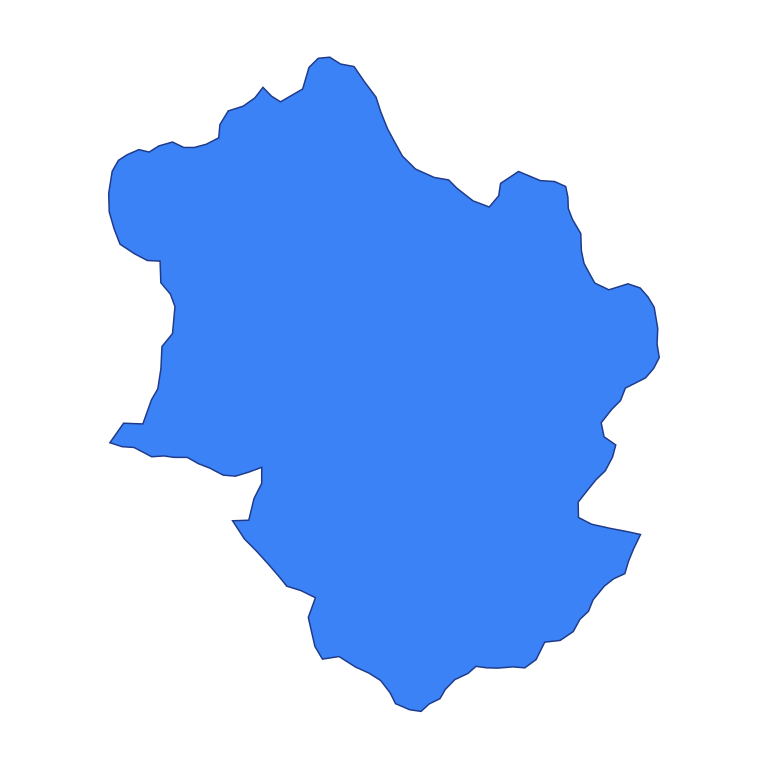 Mariápolis, São Paulo, Brazil (orthographic projection), rotated 178°
{"feature_id": "56859067B75086273353759", "entity_name": "Mariápolis", "entity_type": "district", "adm_level": 2, "iso_a3": "BRA", "parent_name": "Brazil", "parent_adm1": "São Paulo", "projection": "orthographic", "projection_center": [-51.172, -21.778], "detail": "fine", "context": "isolated", "style": "filled", "palette": "blue", "viewbox_px": 768, "rotation_deg": 178, "n_neighbors": 0, "source": "geoboundaries", "source_scale": "gbopen_adm2", "svg_char_len": 1966}
<svg xmlns="http://www.w3.org/2000/svg" viewBox="0 0 768 768"><g transform="rotate(178 384 384)"><path d="M358.4,55.5L350.0,62.7L339.0,67.6L333.4,76.6L323.5,86.1L310.1,91.9L301.9,98.6L291.4,96.8L280.4,96.1L264.9,96.8L253.2,95.4L241.6,103.3L232.4,120.4L216.9,121.6L203.5,130.0L196.4,142.0L187.6,149.7L182.6,161.0L171.0,174.2L161.5,181.2L149.9,186.1L146.0,197.9L140.4,210.4L132.9,224.6L144.5,227.6L163.7,232.0L181.4,236.6L194.3,243.8L194.1,259.1L184.2,270.9L175.3,281.1L165.9,289.5L158.1,303.1L154.5,315.0L165.9,323.5L168.3,337.7L157.1,350.9L148.2,359.2L142.9,371.5L122.4,381.0L114.0,390.1L108.0,400.8L109.7,414.4L108.5,430.0L111.3,451.3L117.3,462.0L124.6,471.0L136.7,475.6L156.0,470.3L169.8,477.5L175.0,487.7L179.9,497.6L182.1,510.4L182.1,527.5L189.9,541.9L193.7,553.0L193.7,564.4L195.5,575.0L206.4,580.4L220.6,581.8L242.2,591.7L260.5,580.4L262.8,568.1L272.7,557.2L288.6,563.9L304.1,576.9L312.3,585.7L326.7,588.7L345.0,597.7L357.7,611.2L364.4,624.4L371.5,638.8L377.7,655.9L382.0,671.0L393.0,686.8L402.9,702.3L416.3,705.3L426.8,712.5L438.4,711.8L447.9,703.0L455.0,681.7L477.6,669.6L486.4,675.6L494.6,684.7L503.0,674.5L515.0,666.6L530.1,662.4L538.9,649.0L540.6,635.8L553.3,629.8L565.4,627.0L575.9,627.4L586.9,633.2L600.7,629.8L610.6,624.0L620.7,626.8L632.7,622.1L641.6,616.8L648.2,606.1L652.5,584.1L652.6,565.6L648.3,548.4L642.9,532.9L628.9,522.9L616.2,515.7L603.5,514.6L603.5,493.0L594.3,481.2L590.2,468.7L593.6,441.8L604.6,429.2L606.4,407.2L610.2,387.1L616.9,376.4L626.4,352.5L645.6,353.9L660.0,334.9L647.9,330.5L636.1,329.3L618.7,319.4L606.4,319.8L596.5,318.0L583.1,317.5L572.2,310.8L561.2,306.1L547.8,298.5L535.6,297.1L521.8,300.8L509.1,305.0L509.7,289.0L517.9,274.1L523.9,252.6L540.1,252.6L528.9,234.0L517.5,221.7L506.3,208.5L495.3,194.8L488.2,185.3L474.4,180.5L460.0,172.8L467.8,153.3L462.2,124.1L455.1,111.2L438.5,113.2L422.3,102.1L409.2,95.6L397.6,87.7L388.7,75.2L383.6,64.1L369.8,57.6L358.4,55.5Z" fill="#3b82f6" stroke="#1e3a8a" stroke-width="1.5"/></g></svg>